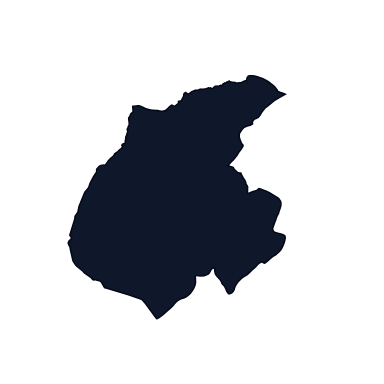 the district of Angkor Chey, Kâmpôt, Cambodia, rotated 227°
{"feature_id": "14789045B76666331169485", "entity_name": "Angkor Chey", "entity_type": "district", "adm_level": 2, "iso_a3": "KHM", "parent_name": "Cambodia", "parent_adm1": "Kâmpôt", "projection": "robinson", "projection_center": [104.635, 10.793], "detail": "fine", "context": "isolated", "style": "filled", "palette": "ink", "viewbox_px": 384, "rotation_deg": 227, "n_neighbors": 0, "source": "geoboundaries", "source_scale": "gbopen_adm2", "svg_char_len": 5456}
<svg xmlns="http://www.w3.org/2000/svg" viewBox="0 0 384 384"><g transform="rotate(227 192 192)"><path d="M238.6,66.3L234.5,65.0L233.3,64.1L225.1,59.3L222.8,58.0L220.3,57.5L219.1,57.3L216.8,57.1L216.1,57.2L214.6,57.4L211.1,57.9L208.8,58.2L206.4,58.1L199.3,59.6L198.6,59.8L195.7,59.7L194.7,60.1L194.1,61.2L189.8,64.0L188.6,64.2L187.6,64.3L186.5,63.9L182.9,63.1L181.7,62.8L181.2,63.1L180.3,63.7L160.6,75.2L148.2,81.8L146.9,82.1L142.2,81.9L136.3,81.2L124.6,79.8L123.3,79.8L122.9,81.2L122.6,82.3L122.4,84.0L122.2,86.0L122.0,88.3L122.0,91.2L121.9,94.1L121.8,96.6L121.8,98.6L121.9,100.9L122.2,102.7L122.3,103.5L122.4,105.5L122.3,107.3L121.9,109.9L121.1,111.8L120.0,114.0L119.4,115.9L119.1,117.9L119.0,121.4L119.4,123.6L119.8,125.4L120.3,127.3L120.9,128.7L121.6,130.3L122.8,132.1L123.3,132.7L123.9,133.3L125.3,134.6L126.4,135.5L127.5,136.3L128.1,137.1L128.1,138.0L127.2,138.9L125.5,140.3L124.8,141.0L123.4,142.5L122.4,143.9L121.6,146.0L120.9,147.9L121.0,149.5L121.7,151.5L122.2,153.0L122.3,154.4L122.0,155.6L121.6,156.0L120.7,156.5L120.1,155.9L117.9,154.2L115.8,153.1L112.9,152.8L110.7,152.8L108.7,152.8L106.0,152.2L104.6,151.5L102.8,151.5L100.8,151.5L97.8,150.6L96.5,150.0L95.3,149.6L93.9,149.5L93.0,149.3L92.2,149.7L91.8,150.2L91.1,152.3L91.2,154.4L92.0,156.5L93.0,157.9L93.6,159.3L94.3,161.5L94.9,164.1L95.0,166.2L95.1,169.0L94.9,171.3L94.5,173.3L94.0,175.2L93.9,176.9L93.9,180.0L94.0,183.3L93.9,185.8L93.9,187.5L94.1,189.3L94.2,191.1L94.1,192.9L93.6,194.8L93.1,195.4L92.0,196.0L90.7,196.2L90.3,196.8L90.0,200.1L89.9,203.8L89.8,206.5L89.5,208.5L89.0,210.2L89.0,212.0L88.9,214.4L89.1,217.4L89.9,220.0L91.0,222.7L92.0,224.7L93.3,226.8L94.6,228.6L95.9,229.7L96.8,230.0L98.1,229.7L100.5,228.5L102.9,226.9L105.0,225.6L106.9,224.7L109.0,225.1L110.5,226.3L112.2,229.6L113.2,231.5L113.9,232.8L114.4,234.1L115.1,235.1L115.8,236.5L116.7,238.6L117.3,240.4L117.5,241.0L117.9,241.4L118.6,242.6L119.9,245.2L121.5,247.8L122.4,248.7L123.5,249.7L124.7,250.4L128.3,251.0L131.4,250.2L134.5,249.3L138.6,248.2L141.6,247.0L144.9,245.4L146.9,244.5L148.4,243.6L148.9,243.2L148.9,240.7L149.6,239.0L150.6,237.3L151.6,234.8L152.3,232.6L152.8,231.9L154.1,232.5L156.0,234.4L158.0,236.3L159.5,236.7L160.8,236.8L162.7,238.0L164.9,238.7L167.1,239.0L170.3,239.8L171.9,240.3L172.5,240.7L173.2,239.8L174.1,239.4L174.6,238.9L175.6,238.6L176.3,238.5L178.1,238.5L178.9,238.3L180.5,238.5L181.8,238.9L183.3,238.2L183.9,237.8L185.9,236.7L186.8,236.2L187.2,240.4L187.3,241.5L187.3,244.1L188.1,249.7L189.1,253.2L189.8,257.3L190.8,260.7L192.0,261.4L193.7,261.3L194.9,261.8L198.0,263.0L200.4,264.3L202.5,266.7L203.6,271.2L203.8,274.0L202.5,277.7L201.0,280.2L200.5,282.8L201.7,283.3L202.5,285.1L202.8,287.6L202.2,288.5L201.4,291.5L201.9,294.5L202.9,297.9L203.6,302.8L203.2,306.7L202.7,315.0L201.3,321.1L199.9,326.9L202.6,325.7L204.1,324.7L205.7,324.0L207.3,323.2L208.2,323.8L209.0,323.9L210.1,324.0L210.8,324.1L213.1,324.2L215.4,323.9L218.1,323.5L220.0,323.2L221.9,322.7L224.2,322.0L227.1,320.9L228.6,320.0L231.2,318.7L233.2,317.5L234.9,316.3L236.9,314.4L237.9,313.2L238.4,312.1L238.1,311.5L238.1,310.6L237.6,309.5L237.2,309.0L236.6,308.1L236.3,307.2L237.2,306.6L237.8,304.6L238.1,304.0L238.3,302.9L238.6,302.3L239.1,301.6L239.5,301.1L240.0,300.6L240.5,299.8L241.3,298.8L242.0,298.5L242.9,298.1L243.5,297.5L244.3,296.7L244.7,296.3L245.5,295.9L246.3,295.2L247.1,294.8L247.8,294.9L247.9,294.2L248.3,293.0L248.7,292.4L248.5,291.4L248.8,290.8L249.4,290.5L249.6,289.4L249.8,288.8L249.7,287.4L249.4,286.6L249.8,285.9L250.4,285.8L250.7,285.2L251.0,284.2L251.3,283.4L252.0,282.9L252.6,282.2L253.1,281.7L253.4,281.2L253.7,280.1L253.6,279.5L253.5,278.4L253.6,277.8L253.9,277.3L254.5,276.9L255.4,276.7L255.8,275.6L256.4,275.6L257.0,275.1L257.2,274.3L257.6,273.5L257.8,272.6L258.1,272.1L258.9,271.4L259.4,270.3L259.8,269.9L260.4,269.3L261.0,268.8L261.4,268.4L261.8,267.7L262.1,266.6L262.5,265.6L263.1,265.0L264.1,263.9L264.7,262.6L264.9,261.5L265.3,260.9L265.6,259.8L265.6,258.8L265.8,257.7L266.3,255.8L267.2,255.5L268.1,255.4L269.2,255.2L269.3,254.4L269.4,253.6L269.2,252.9L268.6,252.1L267.4,250.9L267.5,250.2L267.1,249.5L266.9,248.5L266.6,247.9L266.2,247.1L266.2,246.3L266.3,245.6L266.7,245.1L267.2,244.5L267.5,243.9L266.8,243.4L266.4,242.9L266.1,241.8L266.2,240.9L266.3,239.5L266.4,238.1L267.0,237.4L267.7,237.1L268.9,236.7L269.5,236.3L269.5,235.6L269.7,233.6L269.6,232.1L269.6,230.1L269.7,228.1L270.5,226.7L271.3,225.2L273.3,223.6L275.3,222.3L276.0,221.4L277.7,219.9L279.0,218.6L280.9,217.2L282.6,216.1L285.1,214.7L287.2,214.0L288.7,213.3L290.2,212.7L291.6,211.8L293.0,209.8L295.1,207.1L293.8,206.0L292.3,204.9L291.0,203.7L290.8,202.7L290.9,201.5L290.8,200.0L290.1,199.2L289.8,198.1L289.6,197.5L289.4,196.3L287.9,194.9L286.7,194.2L285.9,193.5L284.7,192.6L283.8,191.6L283.4,190.2L283.0,189.4L282.3,188.5L282.2,187.4L281.0,186.8L279.7,185.9L279.1,184.4L278.2,183.0L277.4,181.1L276.0,179.7L275.1,178.3L273.5,176.7L273.1,176.2L274.1,174.8L274.3,173.7L274.1,172.6L273.4,172.4L272.3,171.8L272.0,169.5L272.3,167.5L272.1,165.3L272.3,163.9L272.7,161.6L272.0,159.9L271.9,158.6L271.9,157.7L272.1,155.7L271.9,152.1L271.2,149.2L270.8,146.7L272.1,145.6L273.4,143.7L274.1,141.6L273.7,138.0L273.1,137.2L271.7,135.9L270.4,130.5L269.0,126.5L267.9,123.4L266.8,121.4L265.8,119.6L265.6,118.7L265.1,115.0L265.0,113.7L263.9,111.2L258.4,99.3L256.9,97.4L256.4,96.4L255.7,95.8L255.1,94.7L254.0,89.9L253.1,89.0L252.4,88.2L243.8,73.2L240.2,72.6L240.0,68.4L239.5,67.2L238.6,66.3Z" fill="#0f172a" stroke="#020617" stroke-width="1.5"/></g></svg>